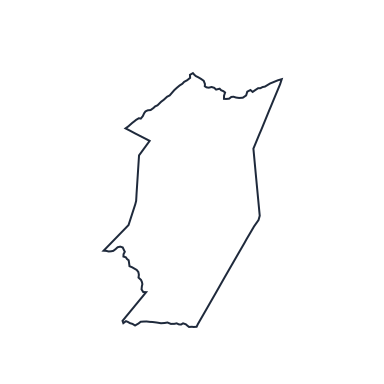 outline of Paraíba do Sul, Rio de Janeiro, Brazil, rotated 221°
{"feature_id": "56859067B2096701978992", "entity_name": "Paraíba do Sul", "entity_type": "district", "adm_level": 2, "iso_a3": "BRA", "parent_name": "Brazil", "parent_adm1": "Rio de Janeiro", "projection": "natural_earth1", "projection_center": [-43.283, -22.187], "detail": "fine", "context": "isolated", "style": "outline", "palette": "slate", "viewbox_px": 384, "rotation_deg": 221, "n_neighbors": 0, "source": "geoboundaries", "source_scale": "gbopen_adm2", "svg_char_len": 2054}
<svg xmlns="http://www.w3.org/2000/svg" viewBox="0 0 384 384"><g transform="rotate(221 192 192)"><path d="M100.1,93.3L100.9,96.1L104.0,112.0L106.0,122.1L107.8,131.3L111.4,149.1L117.0,177.7L119.0,188.1L119.9,192.3L121.0,198.3L122.6,206.8L123.4,214.5L125.3,218.5L154.3,246.1L174.1,265.0L179.3,280.5L180.4,284.0L181.2,286.4L187.4,304.6L188.4,307.7L191.3,316.3L196.2,331.1L198.3,336.0L200.5,332.6L202.0,329.6L203.1,327.4L204.2,325.3L205.2,322.2L206.1,319.4L207.6,317.5L208.5,315.2L210.2,313.7L211.1,310.5L211.9,307.3L214.8,307.3L216.1,304.0L214.5,300.4L215.5,296.5L218.1,293.9L220.7,292.2L223.2,291.1L224.7,289.5L225.2,286.8L227.3,284.6L229.0,283.3L231.0,285.7L232.3,288.8L234.4,288.7L236.8,287.9L238.9,288.1L241.0,285.1L243.6,285.2L246.1,284.1L247.8,281.7L249.7,280.5L251.7,280.2L253.1,282.0L256.1,283.6L259.2,283.3L262.5,282.7L265.1,282.0L267.0,282.0L269.3,282.3L270.4,279.1L268.3,276.9L269.0,273.1L270.2,270.0L270.3,267.3L271.2,264.4L271.8,260.7L272.2,257.3L272.2,253.6L272.2,250.2L273.3,247.6L273.8,243.1L274.5,239.9L274.7,237.3L274.9,234.8L276.0,232.4L276.2,230.1L277.0,226.7L279.0,224.6L280.0,222.3L279.8,220.1L278.9,217.0L278.8,213.8L280.5,212.8L281.5,209.8L281.9,207.5L282.4,205.1L282.7,202.9L283.1,199.8L283.9,196.4L279.5,197.5L273.3,198.9L257.5,202.8L256.0,184.9L232.7,154.3L230.9,152.0L228.3,148.6L226.7,145.4L218.2,125.4L220.2,89.7L218.1,91.3L215.9,92.4L214.3,94.0L212.8,95.9L212.2,98.7L211.9,101.5L210.3,103.7L207.9,104.7L205.9,103.8L203.5,102.8L202.9,100.2L201.4,98.3L199.1,99.3L197.1,98.8L195.0,98.9L193.2,97.4L190.5,95.0L187.8,95.9L185.2,96.4L182.6,96.9L180.0,96.4L177.8,94.7L176.2,92.3L172.8,92.2L170.7,91.2L169.0,89.9L168.0,88.0L166.2,85.4L163.2,84.5L160.9,86.3L159.9,49.2L157.8,48.0L157.1,51.2L155.1,51.9L152.8,52.3L150.4,53.4L147.4,53.9L146.1,57.7L145.6,60.4L143.1,62.9L141.3,64.5L138.5,66.4L136.5,68.0L132.9,70.4L129.3,72.6L126.8,75.1L124.9,77.4L121.4,78.6L119.0,80.7L117.4,82.8L115.0,83.5L113.3,84.8L112.6,87.0L109.9,88.1L107.6,88.1L105.7,88.2L103.7,90.2L102.1,91.3L100.1,93.3Z" fill="none" stroke="#1e293b" stroke-width="2"/></g></svg>